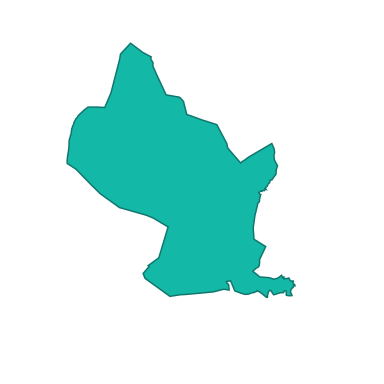 Rabah, Sokoto, Nigeria (orthographic projection), rotated 208°
{"feature_id": "59680162B28016750993437", "entity_name": "Rabah", "entity_type": "district", "adm_level": 2, "iso_a3": "NGA", "parent_name": "Nigeria", "parent_adm1": "Sokoto", "projection": "orthographic", "projection_center": [5.659, 13.003], "detail": "fine", "context": "isolated", "style": "filled", "palette": "teal", "viewbox_px": 384, "rotation_deg": 208, "n_neighbors": 0, "source": "geoboundaries", "source_scale": "gbopen_adm2", "svg_char_len": 2805}
<svg xmlns="http://www.w3.org/2000/svg" viewBox="0 0 384 384"><g transform="rotate(208 192 192)"><path d="M319.9,280.2L318.3,275.7L310.1,241.6L308.7,225.7L314.7,222.9L320.1,220.1L323.7,218.1L325.6,213.9L328.2,206.5L328.3,204.7L328.3,204.3L328.5,203.6L328.9,201.9L328.8,201.1L328.8,200.7L328.9,198.9L328.8,198.6L328.8,197.7L328.6,197.2L328.3,196.7L328.2,195.9L328.3,195.4L328.4,194.8L328.3,193.8L328.0,192.9L327.9,191.7L327.5,190.7L327.3,189.6L326.8,188.6L326.4,187.6L326.1,186.5L325.9,185.7L325.9,185.2L325.4,183.5L325.2,182.3L325.1,181.4L324.8,180.4L324.1,178.6L321.9,174.3L320.0,169.3L318.7,165.3L316.9,160.9L315.5,158.6L305.2,157.7L282.8,150.5L272.1,147.4L267.7,146.8L248.7,144.2L230.1,148.2L221.7,150.0L214.0,150.8L196.7,149.9L190.4,118.3L196.2,106.4L194.8,106.2L196.9,97.1L192.9,93.7L162.5,89.5L154.1,95.8L149.6,98.5L133.4,109.1L126.1,114.0L118.4,121.0L113.2,122.9L116.2,127.4L117.7,127.9L118.6,128.0L119.1,128.6L119.6,129.1L116.2,131.7L107.8,124.8L100.9,125.7L97.1,126.5L94.1,128.4L91.7,131.2L90.1,132.3L87.9,135.1L88.1,135.6L82.7,135.2L76.7,133.9L76.0,134.5L76.3,135.3L76.9,135.6L76.9,137.0L77.5,138.8L77.5,141.5L76.0,141.9L71.8,139.6L70.8,140.3L67.0,144.3L64.0,146.1L64.1,148.2L62.2,148.8L61.2,146.7L60.9,146.0L60.1,145.1L58.1,145.8L57.1,146.2L55.1,147.5L55.8,148.3L56.3,148.7L57.9,149.7L58.3,149.8L58.3,150.6L58.4,151.3L58.8,152.2L58.7,153.1L58.4,154.0L58.4,154.4L57.9,155.4L58.4,157.0L57.0,157.5L57.5,158.2L58.3,158.5L59.5,158.7L60.6,159.5L60.5,160.8L60.9,161.0L62.8,159.8L63.2,159.9L64.6,160.4L65.9,161.5L66.6,161.2L67.2,160.4L68.5,159.4L69.2,159.5L70.2,158.5L70.8,158.8L70.9,160.0L71.5,159.7L71.5,159.2L71.9,158.9L72.8,159.7L73.8,160.5L74.2,159.7L75.7,156.3L78.7,153.5L83.6,152.6L92.3,148.8L96.8,149.8L99.6,150.2L101.0,150.6L99.6,154.9L98.2,156.8L98.1,158.7L99.4,161.9L100.6,163.9L101.3,178.4L115.1,179.4L121.1,189.0L122.7,193.4L125.4,200.8L128.2,211.8L128.7,212.5L128.3,213.6L128.0,215.0L128.3,216.1L129.0,216.8L129.0,218.0L129.6,218.8L129.5,219.8L130.0,221.1L130.0,222.0L131.3,222.0L132.8,222.9L132.2,223.9L131.9,225.2L130.4,225.5L130.2,226.6L128.7,227.3L129.1,228.6L127.7,229.0L129.1,229.7L128.7,231.1L128.3,232.6L128.6,234.6L127.8,236.7L128.6,239.4L127.2,240.0L127.1,241.1L126.7,244.1L126.2,247.1L128.1,251.3L128.8,255.3L134.2,258.9L136.7,262.5L137.7,265.9L139.8,268.7L144.3,272.3L158.2,249.7L159.5,247.1L160.7,244.5L161.8,242.8L162.6,240.4L178.4,246.5L181.1,247.6L184.0,251.1L201.7,263.1L212.5,261.2L216.4,260.4L229.6,258.6L232.0,258.1L232.9,257.9L240.4,266.1L241.9,267.9L246.5,269.6L248.2,269.7L249.5,269.2L251.6,268.5L253.6,267.8L255.1,267.4L258.0,266.4L260.5,265.6L262.3,267.0L271.6,274.0L278.4,279.1L283.2,282.9L285.8,284.9L287.1,287.8L288.0,288.4L290.3,289.7L291.2,290.6L291.4,292.1L301.0,292.1L316.1,294.5L319.9,280.2Z" fill="#14b8a6" stroke="#0f766e" stroke-width="1.5"/></g></svg>